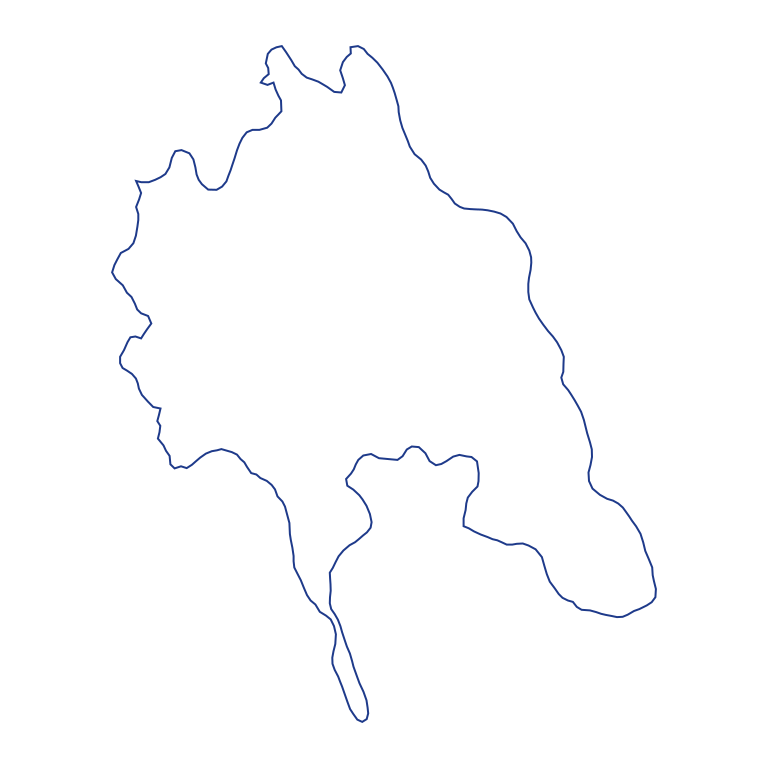 Veredinha, Minas Gerais, Brazil
{"feature_id": "56859067B69481295032755", "entity_name": "Veredinha", "entity_type": "district", "adm_level": 2, "iso_a3": "BRA", "parent_name": "Brazil", "parent_adm1": "Minas Gerais", "projection": "natural_earth1", "projection_center": [-42.725, -17.51], "detail": "fine", "context": "isolated", "style": "outline", "palette": "blue", "viewbox_px": 768, "rotation_deg": 0, "n_neighbors": 0, "source": "geoboundaries", "source_scale": "gbopen_adm2", "svg_char_len": 4681}
<svg xmlns="http://www.w3.org/2000/svg" viewBox="0 0 768 768"><path d="M563.8,356.8L561.3,350.1L557.1,342.3L552.9,336.5L548.1,331.1L543.2,324.6L539.0,318.6L535.5,312.5L533.0,307.5L529.3,299.4L528.3,292.0L528.3,283.9L529.0,277.8L530.6,269.8L531.3,262.7L531.1,257.3L529.3,250.6L525.6,243.3L520.6,237.4L516.7,231.2L512.9,223.7L506.5,217.0L500.5,213.5L494.1,211.6L487.7,210.3L482.0,209.6L476.2,209.4L470.5,209.1L464.1,208.5L459.7,206.8L454.8,203.5L451.7,199.1L448.2,194.7L444.0,192.4L439.4,189.6L433.9,183.7L430.2,177.8L428.2,171.4L425.7,165.6L421.2,159.6L414.6,154.2L409.8,146.6L407.8,141.0L405.3,134.9L402.4,127.9L400.2,120.3L398.7,112.1L398.4,106.3L396.7,100.1L394.7,93.1L392.9,87.8L391.0,82.9L387.5,76.5L382.6,69.4L377.4,62.7L372.4,57.8L367.6,53.9L363.8,49.0L358.0,46.1L350.5,47.2L350.8,53.5L346.8,56.9L342.9,62.1L340.2,70.3L342.9,78.3L344.9,85.2L341.3,92.5L334.2,91.9L327.2,86.9L323.0,84.4L318.4,81.7L312.2,79.4L306.7,77.6L301.7,73.8L298.5,69.5L294.8,66.2L291.3,60.2L286.1,52.2L281.8,46.1L276.4,47.3L271.5,49.6L267.8,53.9L265.8,63.4L268.2,68.0L268.7,74.1L263.8,78.2L260.8,82.6L267.5,84.9L273.5,82.6L275.6,89.5L278.4,95.7L281.0,100.4L281.4,111.3L275.3,117.7L271.5,123.6L267.2,127.7L259.3,129.9L252.4,129.9L246.7,132.3L242.4,137.8L239.5,143.7L237.0,150.3L234.5,158.5L232.3,165.0L230.6,170.2L228.4,175.8L226.4,181.4L222.1,186.6L216.6,189.8L208.2,189.6L201.9,184.2L198.7,179.8L196.6,174.5L195.4,167.4L193.4,159.4L189.4,153.3L181.5,150.1L175.3,151.2L171.8,157.9L169.4,167.4L165.4,174.0L160.6,177.2L155.2,179.8L148.8,182.2L141.3,182.2L136.1,181.0L138.6,186.8L141.1,193.0L139.1,199.4L136.1,207.0L138.3,214.0L138.3,220.0L137.4,226.7L135.9,235.7L133.4,243.2L128.5,248.9L120.8,253.0L117.2,259.6L114.4,265.1L112.1,272.4L115.8,279.1L122.8,285.3L126.9,292.7L131.5,297.0L134.9,303.7L137.2,309.5L141.1,313.3L148.1,316.0L151.3,323.5L147.0,329.4L143.8,334.1L141.1,338.4L135.4,336.5L130.4,337.3L127.5,342.2L124.0,350.1L120.1,356.8L120.1,363.2L122.6,368.0L127.0,370.6L132.0,374.0L135.9,378.5L137.8,383.4L138.9,388.6L141.9,394.9L148.1,401.8L153.2,407.0L160.5,408.5L158.9,415.2L157.3,421.1L160.3,425.8L159.5,432.2L157.9,438.6L163.5,445.4L166.0,450.8L169.6,455.9L170.4,464.3L174.6,468.4L181.0,466.3L186.7,468.1L191.9,464.8L196.1,461.1L200.2,457.6L205.9,453.6L211.8,451.2L217.0,450.3L221.4,449.1L226.6,450.6L231.8,452.1L237.0,454.6L240.5,459.0L244.3,462.3L247.0,466.9L251.2,473.1L256.4,474.5L260.3,478.0L266.8,480.9L271.7,485.0L275.0,489.4L277.5,496.4L282.4,501.5L285.0,506.6L286.9,513.7L289.4,523.0L289.9,534.1L290.8,539.9L292.4,547.8L293.6,556.0L293.6,561.3L294.3,567.5L297.8,574.4L300.8,580.2L304.0,588.1L307.0,595.1L310.6,600.5L315.4,604.5L319.8,611.8L326.0,615.6L330.7,619.4L334.0,626.1L335.9,634.3L335.3,644.0L333.5,651.2L332.3,657.7L332.5,663.8L334.7,669.9L338.2,676.6L340.2,681.9L342.1,686.6L344.4,693.2L347.3,701.5L350.1,709.1L353.3,714.0L357.3,719.6L362.2,721.9L366.7,719.1L368.2,713.4L367.6,707.6L366.5,700.3L363.5,691.8L359.5,683.3L357.3,677.3L355.4,672.0L353.5,666.7L352.1,661.1L349.9,653.5L346.9,646.6L344.9,640.7L342.1,632.2L340.4,626.1L337.9,619.7L334.7,614.1L331.2,609.1L329.8,603.3L330.0,597.2L330.7,590.8L330.5,584.3L330.1,578.5L329.8,572.7L332.8,567.9L335.7,561.9L338.6,556.3L343.4,550.5L349.6,545.2L355.1,542.2L359.0,539.0L363.0,535.5L366.9,532.4L370.6,527.7L371.6,522.2L369.9,514.0L366.5,505.8L362.5,499.4L359.3,495.2L353.3,489.6L347.3,485.7L346.1,479.0L351.0,473.6L353.8,469.3L355.8,464.4L358.3,459.9L363.3,455.5L371.1,454.0L379.0,458.2L392.0,459.4L397.5,459.9L402.6,456.2L406.8,449.5L411.8,446.5L418.8,447.1L425.4,453.2L429.6,461.1L435.9,465.2L441.3,464.0L446.5,461.1L453.2,456.6L459.4,454.9L466.6,456.4L471.5,457.0L477.0,461.4L478.7,473.1L478.5,481.2L477.5,486.5L472.2,491.8L467.8,497.6L466.3,503.4L465.6,510.1L463.6,518.3L463.6,526.2L468.8,528.3L474.0,531.4L480.7,534.5L487.7,537.1L492.6,539.2L497.3,540.3L501.8,542.3L506.7,544.6L512.2,544.6L516.8,543.8L522.8,543.5L528.5,545.5L535.6,549.3L541.9,557.1L544.4,566.0L546.8,574.1L549.8,581.7L554.8,588.4L558.7,594.0L562.5,597.8L567.9,600.5L572.9,601.9L576.8,606.9L581.6,609.8L590.0,610.4L596.2,612.1L601.1,613.8L605.8,614.9L611.2,615.9L617.0,617.1L622.7,616.8L627.7,614.7L634.0,611.0L639.3,609.1L646.8,605.4L651.7,602.2L655.4,597.2L655.9,589.0L653.9,580.9L652.7,575.2L652.2,567.4L648.5,558.4L645.3,551.0L643.2,542.3L640.5,533.8L636.1,526.3L631.9,520.6L629.1,516.3L626.2,512.2L622.8,507.5L618.2,503.5L613.0,500.6L607.1,498.8L599.9,494.8L592.5,488.6L589.0,481.0L588.5,472.5L590.5,465.0L592.0,457.0L591.8,449.4L590.0,442.4L587.2,433.3L585.8,427.7L583.9,420.0L581.1,411.8L577.9,405.9L574.7,400.3L571.1,394.5L568.2,390.1L563.2,384.3L561.3,377.6L563.3,371.8L563.5,363.8L563.8,356.8Z" fill="none" stroke="#1e3a8a" stroke-width="2"/></svg>